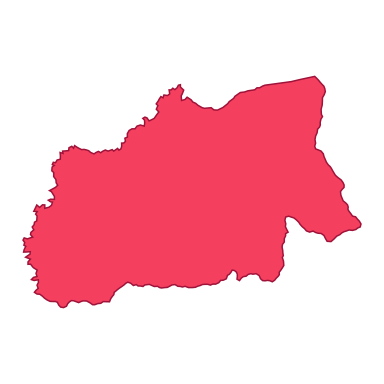 Cabeceira Grande, Minas Gerais, Brazil
{"feature_id": "56859067B77349065842213", "entity_name": "Cabeceira Grande", "entity_type": "district", "adm_level": 2, "iso_a3": "BRA", "parent_name": "Brazil", "parent_adm1": "Minas Gerais", "projection": "orthographic", "projection_center": [-47.136, -16.069], "detail": "fine", "context": "isolated", "style": "filled", "palette": "rose", "viewbox_px": 384, "rotation_deg": 0, "n_neighbors": 0, "source": "geoboundaries", "source_scale": "gbopen_adm2", "svg_char_len": 4661}
<svg xmlns="http://www.w3.org/2000/svg" viewBox="0 0 384 384"><path d="M44.4,298.1L47.0,299.9L50.1,301.4L53.1,301.5L55.4,301.5L57.4,302.3L58.7,305.0L60.6,307.1L63.6,307.6L66.5,306.2L67.7,303.7L69.4,301.9L71.5,300.6L73.8,300.8L76.2,301.7L78.7,302.6L80.8,301.6L82.8,300.9L86.6,301.0L89.8,302.7L92.6,304.7L94.8,304.7L97.7,303.6L100.8,303.3L103.2,301.6L106.4,301.7L109.5,301.8L110.8,298.6L112.4,296.3L113.8,294.7L114.2,292.4L115.9,291.0L117.5,289.6L119.6,288.0L121.4,286.8L123.8,285.1L125.9,283.2L127.8,282.2L130.7,283.2L133.4,285.5L136.3,284.6L138.1,286.0L140.5,286.0L143.0,286.5L144.7,285.0L147.4,284.6L149.4,284.4L151.7,285.4L154.2,286.5L157.6,286.3L159.4,287.5L161.4,288.0L164.5,287.6L167.4,287.4L169.9,286.1L172.1,284.9L175.1,284.6L177.9,286.3L180.1,286.4L182.4,287.0L185.1,286.3L188.5,287.6L191.9,287.6L195.3,287.3L198.0,286.1L200.0,285.6L202.5,284.5L205.1,284.3L207.7,284.3L210.4,285.1L212.7,284.1L215.7,284.1L218.8,282.7L220.6,280.4L223.3,280.2L226.3,278.8L227.5,275.3L229.3,274.3L230.9,272.4L232.2,270.1L234.4,270.5L236.4,272.1L237.3,274.2L237.3,276.6L237.0,279.2L239.5,280.6L241.4,278.0L243.4,276.6L246.1,276.2L248.2,274.4L250.8,273.7L252.9,274.2L256.2,273.7L259.2,275.6L260.5,278.7L262.6,280.6L265.1,280.8L267.4,280.4L269.8,280.7L272.3,281.8L274.7,280.2L276.3,278.1L278.0,276.5L279.3,274.7L279.2,272.3L280.8,270.2L282.2,268.1L283.8,265.5L283.5,261.1L282.3,257.6L283.3,255.6L282.9,253.2L282.7,250.3L282.1,247.0L282.5,244.4L284.3,242.0L284.3,238.6L285.6,235.8L285.6,233.6L288.1,232.2L286.8,229.6L285.4,226.7L285.8,223.8L284.9,220.2L285.7,217.0L288.7,216.2L291.9,217.3L293.9,217.9L296.4,219.9L298.8,222.3L300.2,224.5L302.3,226.8L304.5,228.6L306.4,230.9L309.6,232.1L313.1,231.1L315.6,232.5L317.9,233.2L321.2,233.5L324.0,235.5L325.4,238.4L327.1,241.3L331.0,241.6L334.0,239.0L336.8,236.1L339.8,234.7L341.8,232.9L344.0,231.7L346.4,231.0L349.0,230.0L352.5,230.4L355.9,229.5L357.7,228.0L360.2,227.0L361.0,224.0L359.3,221.1L357.4,219.1L355.6,216.8L352.5,216.1L350.8,213.6L349.0,211.3L347.9,209.3L348.2,207.1L347.5,204.8L345.7,202.9L343.2,200.9L342.1,198.3L340.9,195.2L340.5,191.6L342.1,189.4L344.0,187.5L344.1,185.0L343.0,182.5L341.1,179.9L338.0,177.6L335.4,175.3L333.7,172.5L332.4,170.3L331.4,168.4L330.1,166.5L328.4,165.0L326.4,162.2L325.1,159.1L324.0,156.6L323.3,153.8L321.1,151.1L318.1,149.8L315.6,148.9L314.7,146.2L315.6,143.2L315.0,139.6L315.6,136.1L317.1,132.8L317.6,129.2L319.6,127.0L320.3,124.9L320.2,122.5L320.9,119.2L322.5,116.6L321.4,114.4L321.1,109.4L322.2,105.0L322.4,101.1L322.5,97.6L324.2,94.7L325.3,91.7L324.8,88.6L323.8,86.1L322.1,84.4L320.3,82.4L318.6,80.3L316.7,78.3L314.7,76.4L299.7,79.6L291.3,81.6L264.9,85.2L262.7,86.0L259.6,87.8L257.0,87.8L254.7,89.8L247.9,90.8L244.5,92.0L240.3,92.5L234.9,96.3L233.7,98.3L229.1,101.7L227.8,103.6L222.9,107.5L217.5,110.1L213.9,109.9L211.2,107.7L204.5,108.3L202.2,107.7L197.8,105.2L195.7,103.3L192.9,102.1L191.1,99.8L187.1,97.2L185.0,99.5L181.6,100.5L181.2,95.9L182.3,93.8L183.7,90.1L180.5,87.1L180.4,84.7L178.4,85.2L177.1,87.7L174.9,89.6L172.8,88.2L171.2,89.9L169.1,89.9L169.7,93.9L167.6,95.5L163.9,95.0L163.0,97.8L160.9,96.6L159.2,99.1L158.1,101.2L156.2,103.9L157.9,105.6L156.3,109.2L158.8,112.0L156.8,114.6L154.2,118.4L151.2,119.9L149.1,120.9L146.9,117.8L144.9,117.1L142.8,118.4L144.5,120.1L144.7,123.0L144.2,126.1L140.4,125.0L137.0,126.1L135.0,128.8L132.0,128.8L129.1,130.5L127.3,133.7L127.4,137.1L124.9,138.2L125.4,141.4L123.8,143.0L121.6,143.1L121.7,146.2L120.9,148.9L118.9,150.1L117.6,148.4L113.7,151.1L112.2,149.6L108.1,151.1L105.3,150.0L102.6,151.3L100.7,152.7L98.4,151.4L96.0,152.5L94.0,153.9L90.7,152.5L88.7,150.7L86.3,149.9L84.1,149.4L81.7,149.6L79.5,148.6L77.0,147.2L74.6,145.6L73.5,148.2L71.8,146.3L69.0,147.7L68.6,150.6L65.4,150.9L62.6,151.1L63.0,153.4L60.1,152.5L60.4,155.9L60.3,159.2L57.1,160.0L55.5,162.7L53.3,162.3L52.3,164.6L54.2,165.4L52.1,167.1L51.8,170.8L53.7,172.5L53.7,176.6L55.9,179.6L56.2,182.9L57.7,185.2L55.6,187.3L52.3,189.1L49.5,190.6L51.4,191.6L54.4,196.4L54.4,199.4L50.6,199.2L48.3,200.2L50.5,201.8L52.5,202.1L51.5,205.3L49.0,207.2L44.8,208.3L44.8,204.9L42.5,204.8L39.6,207.4L36.8,205.0L33.8,211.3L37.2,211.6L35.6,214.1L37.1,216.0L36.7,220.9L34.5,222.2L34.1,224.7L32.2,227.0L33.8,229.8L30.9,232.4L30.5,234.6L32.7,237.1L30.4,237.8L27.4,238.9L24.2,237.9L23.0,240.1L24.7,242.5L23.9,245.2L25.8,246.3L24.2,249.5L23.6,252.1L26.5,252.0L30.3,251.7L30.1,254.1L28.0,255.5L25.6,257.2L30.4,259.1L28.0,261.9L28.0,264.3L30.6,264.2L31.9,265.9L33.3,267.6L37.2,270.1L36.0,273.4L37.0,276.5L33.5,277.4L31.4,279.6L34.1,280.5L38.3,279.8L38.4,282.5L37.0,285.2L38.2,288.4L36.0,290.3L34.4,292.3L36.9,294.0L39.9,294.3L42.7,296.4L44.4,298.1Z" fill="#f43f5e" stroke="#9f1239" stroke-width="1.5"/></svg>